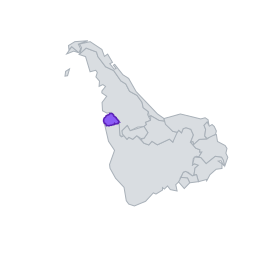 Uruguay highlighted on a map of South America, rotated 130°
{"feature_id": "URY", "entity_name": "Uruguay", "entity_type": "country or territory", "adm_level": 0, "iso_a3": "URY", "parent_name": "South America", "parent_adm1": "", "projection": "mercator", "projection_center": [-56.018, -32.517], "detail": "fine", "context": "in_parent", "style": "filled", "palette": "violet", "viewbox_px": 256, "rotation_deg": 130, "n_neighbors": 12, "source": "natural_earth", "source_scale": "50m", "svg_char_len": 5634}
<svg xmlns="http://www.w3.org/2000/svg" viewBox="0 0 256 256"><g transform="rotate(130 128 128)"><path d="M101.9,214.0L104.0,219.0L110.7,222.6L101.9,223.4L101.9,214.0ZM129.1,138.8L126.9,151.1L130.1,153.7L131.2,158.6L125.1,164.3L117.4,164.7L117.9,170.6L116.4,171.8L110.6,171.9L110.9,175.2L114.7,176.9L110.4,180.0L109.5,185.4L105.2,187.2L104.5,189.8L109.3,193.2L100.6,206.4L103.1,212.8L93.7,211.5L90.0,201.0L92.7,196.9L95.5,184.5L93.2,175.9L96.5,163.8L95.7,157.9L98.9,150.4L97.2,142.1L99.3,133.8L102.7,129.4L102.4,122.9L105.1,121.6L107.7,115.7L112.4,118.2L113.4,116.1L116.2,116.2L121.1,121.2L128.7,124.6L126.6,130.1L133.9,130.8L137.8,125.7L138.9,129.5L129.1,138.8Z" fill="#d9dde1" stroke="#a8b0b8" stroke-width="1"/><path d="M101.9,214.0L101.9,223.4L106.0,223.5L103.1,226.6L96.0,224.2L86.9,214.8L95.7,220.0L97.8,215.2L101.9,214.0ZM99.5,104.5L102.3,109.2L103.9,118.4L105.9,118.8L102.4,122.9L102.7,129.4L99.3,133.8L97.2,142.1L98.9,150.4L95.7,157.9L96.5,163.8L93.2,175.9L95.5,184.5L92.7,196.9L90.0,201.0L93.7,211.5L102.0,212.6L96.4,215.1L94.9,219.1L86.2,212.5L84.6,198.5L88.3,192.1L84.5,191.1L87.7,182.1L90.5,183.3L91.8,176.3L90.1,175.4L89.3,179.6L87.8,179.1L90.5,166.1L89.6,159.4L94.9,145.2L98.3,114.5L97.6,106.5L99.5,104.5Z" fill="#d9dde1" stroke="#a8b0b8" stroke-width="1"/><path d="M120.3,210.8L126.8,207.9L128.8,209.6L124.7,212.2L120.3,210.8Z" fill="#d9dde1" stroke="#a8b0b8" stroke-width="1"/><path d="M139.6,149.1L138.6,144.1L129.1,138.8L138.9,129.5L139.0,127.3L136.5,126.2L137.3,121.5L134.6,121.4L133.6,117.1L128.3,116.3L129.4,106.0L127.6,101.2L122.8,101.1L122.0,94.7L109.9,89.1L110.0,84.6L102.8,87.7L97.1,87.7L97.3,83.9L93.1,85.3L90.5,83.8L88.6,79.0L91.3,73.4L98.7,70.9L99.9,63.1L98.4,58.9L100.4,57.8L98.9,56.0L104.6,55.2L105.7,57.5L109.5,58.3L114.9,54.8L112.7,54.1L111.3,50.2L115.6,50.9L121.4,47.4L123.3,47.9L123.3,53.5L125.6,57.0L133.1,55.8L133.2,54.1L140.7,55.0L144.7,49.9L148.0,56.0L147.0,60.5L151.4,60.9L151.5,63.3L153.4,61.7L160.6,64.1L161.4,66.9L172.8,67.4L183.6,73.0L185.8,78.5L184.8,82.6L176.0,92.9L174.5,105.2L170.4,115.9L167.8,118.7L153.8,123.9L150.7,134.4L139.6,149.1Z" fill="#d9dde1" stroke="#a8b0b8" stroke-width="1"/><path d="M99.6,87.5L110.0,84.6L109.9,89.1L122.0,94.7L122.8,101.1L127.6,101.2L129.4,106.0L128.5,110.7L125.4,109.1L118.8,109.8L116.6,116.8L113.4,116.1L112.4,118.2L107.7,115.7L103.9,118.4L102.3,109.2L99.5,104.5L101.8,91.6L99.6,87.5Z" fill="#d9dde1" stroke="#a8b0b8" stroke-width="1"/><path d="M98.7,70.9L91.3,73.4L88.6,79.0L90.5,83.8L93.1,85.3L97.3,83.9L97.1,87.7L99.6,87.5L101.8,91.6L101.1,101.7L97.6,106.5L83.6,96.9L74.3,78.1L70.6,75.5L70.2,72.0L73.0,68.7L72.6,71.2L77.1,71.5L79.1,67.7L84.8,64.1L85.8,60.4L90.9,66.0L98.4,67.0L96.8,69.6L98.7,70.9Z" fill="#d9dde1" stroke="#a8b0b8" stroke-width="1"/><path d="M106.2,57.2L104.6,55.2L98.9,56.0L100.4,57.8L98.4,58.9L99.9,63.1L98.7,70.9L96.8,69.6L98.4,67.0L90.9,66.0L85.8,60.4L80.1,59.3L76.2,56.1L80.8,50.8L79.0,42.4L80.0,39.1L84.4,36.8L86.3,32.7L95.0,29.4L90.3,37.5L93.6,42.9L105.1,45.2L103.9,53.3L106.2,57.2Z" fill="#d9dde1" stroke="#a8b0b8" stroke-width="1"/><path d="M121.4,47.4L115.6,50.9L111.3,50.2L112.7,54.1L114.9,54.8L107.6,58.5L103.9,53.3L105.1,45.2L93.6,42.9L90.3,37.5L91.3,34.3L93.6,31.4L95.2,30.9L93.3,35.8L95.4,37.6L95.0,33.0L98.6,30.0L103.0,34.0L111.1,35.2L118.6,33.6L116.5,34.4L123.8,39.5L119.7,45.5L121.4,47.4Z" fill="#d9dde1" stroke="#a8b0b8" stroke-width="1"/><path d="M131.8,55.6L126.8,57.1L124.1,55.9L123.3,47.9L119.7,45.5L123.8,39.5L130.3,45.5L128.1,50.2L131.8,55.6Z" fill="#d9dde1" stroke="#a8b0b8" stroke-width="1"/><path d="M136.8,54.6L131.8,55.6L129.2,52.0L128.1,50.2L130.3,45.5L138.2,46.0L136.8,54.6Z" fill="#d9dde1" stroke="#a8b0b8" stroke-width="1"/><path d="M85.2,60.7L84.8,64.1L79.1,67.7L77.1,71.5L72.6,71.2L74.3,66.9L71.3,65.8L71.4,62.9L73.5,58.4L76.6,56.9L85.2,60.7Z" fill="#d9dde1" stroke="#a8b0b8" stroke-width="1"/><path d="M127.8,111.3L128.3,116.3L133.6,117.1L134.6,121.4L137.3,121.5L136.1,128.7L133.9,130.8L126.6,130.1L128.7,124.6L116.6,116.8L118.8,109.8L125.4,109.1L127.8,111.3Z" fill="#d9dde1" stroke="#a8b0b8" stroke-width="1"/><path d="M139.6,149.1L139.4,149.4L139.2,149.9L138.7,150.6L138.6,151.0L138.0,151.4L137.7,151.8L137.4,151.8L137.2,152.0L135.8,152.6L135.4,152.5L135.0,152.5L134.7,152.3L133.9,152.2L133.5,152.3L132.8,152.6L132.6,152.6L132.2,152.4L132.0,152.2L131.0,151.9L130.2,151.2L129.3,151.2L128.6,151.3L128.5,151.2L128.4,151.0L128.3,150.8L127.7,150.2L127.2,149.6L127.1,149.0L127.2,148.4L127.3,147.6L127.3,147.4L127.5,147.3L127.6,147.2L127.8,147.1L127.9,146.8L128.0,146.6L127.9,146.2L127.8,145.6L127.7,145.3L127.9,144.9L127.9,144.7L127.7,144.3L127.8,144.1L127.8,143.9L127.7,143.7L127.8,143.6L127.9,143.4L128.1,143.3L128.2,143.0L128.2,142.8L128.2,142.7L128.1,142.2L128.3,141.9L128.4,141.6L128.5,141.3L128.5,141.1L128.4,141.0L128.5,140.9L128.6,140.6L128.6,140.2L128.5,139.9L128.6,139.6L128.9,139.3L129.0,139.0L129.1,138.8L129.1,138.7L129.3,138.9L129.7,139.0L130.1,139.0L130.2,138.9L130.4,138.6L130.6,138.5L130.8,138.4L131.1,138.5L131.3,138.7L132.1,139.4L132.7,140.0L132.9,140.2L133.0,140.4L133.1,140.6L133.1,141.0L133.1,141.3L133.4,141.2L133.6,141.1L133.9,140.9L134.0,140.8L134.0,140.7L134.5,140.9L134.7,141.2L134.7,141.3L134.8,141.4L134.9,141.6L135.0,141.7L135.2,141.8L135.4,141.9L135.5,141.8L135.9,142.2L136.6,142.4L136.8,142.6L136.9,142.8L137.2,143.2L137.5,143.5L137.8,143.6L138.1,143.7L138.3,143.8L138.6,144.0L138.8,144.5L138.9,144.8L139.1,145.1L139.3,145.4L139.6,145.6L140.0,145.8L140.2,146.1L140.0,146.3L139.8,146.7L139.6,146.9L139.4,147.1L139.2,147.4L139.2,148.3L139.2,148.7L139.2,148.8L139.3,148.9L139.4,149.0L139.6,149.1L139.6,149.1Z" fill="#8b5cf6" stroke="#5b21b6" stroke-width="1.5"/></g></svg>